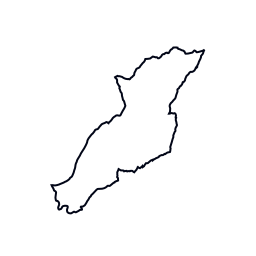 outline of Panqueba, Boyacá, Colombia, rotated 23°
{"feature_id": "7082276B16553832193382", "entity_name": "Panqueba", "entity_type": "district", "adm_level": 2, "iso_a3": "COL", "parent_name": "Colombia", "parent_adm1": "Boyacá", "projection": "equal_earth", "projection_center": [-72.459, 6.443], "detail": "fine", "context": "isolated", "style": "outline", "palette": "ink", "viewbox_px": 256, "rotation_deg": 23, "n_neighbors": 0, "source": "geoboundaries", "source_scale": "gbopen_adm2", "svg_char_len": 5823}
<svg xmlns="http://www.w3.org/2000/svg" viewBox="0 0 256 256"><g transform="rotate(23 128 128)"><path d="M176.0,133.7L175.9,132.7L175.3,130.8L175.3,130.4L174.3,129.0L174.3,128.8L173.8,123.9L173.4,120.9L173.3,118.7L172.6,117.1L172.5,114.4L172.5,113.4L172.8,112.3L172.6,111.7L172.1,110.9L171.9,110.1L171.8,109.1L172.0,106.7L171.9,106.1L171.0,105.0L170.3,103.8L169.0,102.2L168.3,100.6L168.4,99.8L168.0,99.5L167.6,99.4L167.5,98.5L167.3,97.8L166.8,97.1L166.1,96.4L165.6,96.2L165.0,96.2L164.6,96.5L164.2,96.9L163.9,97.0L162.8,97.1L162.3,97.2L161.7,97.6L160.9,98.4L160.1,98.8L160.1,98.4L160.2,97.8L160.3,97.2L160.2,96.3L159.2,93.5L158.9,93.1L157.9,91.8L157.6,91.0L157.5,90.4L157.6,88.9L157.7,88.4L157.9,88.0L158.3,87.1L158.6,86.3L158.9,85.0L159.5,83.5L159.9,82.3L159.9,81.4L159.5,78.5L159.4,75.8L159.3,75.2L159.2,74.8L158.5,73.5L158.5,73.0L158.6,72.7L159.1,71.9L159.3,71.6L159.5,69.8L159.7,69.1L160.3,68.4L160.3,67.9L160.6,67.2L160.7,66.6L160.6,65.5L160.8,64.8L160.5,64.6L160.5,64.4L161.2,63.8L161.5,63.4L161.7,62.6L161.8,61.7L161.5,60.4L161.5,59.5L161.5,57.5L161.8,56.6L162.6,55.0L162.9,53.2L163.4,52.2L163.9,51.7L164.7,51.5L165.2,51.2L165.7,50.7L166.6,49.3L166.7,49.0L166.8,48.0L166.9,47.1L167.1,46.6L167.4,46.1L167.8,45.1L168.0,44.0L167.6,44.5L167.2,44.7L167.4,43.9L167.5,42.3L167.6,41.0L167.5,40.5L167.4,39.3L167.6,36.0L167.5,34.3L167.1,33.0L167.7,31.1L167.9,30.1L167.7,28.3L167.7,26.5L167.8,26.0L167.3,26.8L166.6,27.7L163.9,29.9L162.7,30.8L161.7,31.4L161.4,31.4L160.7,31.0L159.9,30.7L158.9,30.7L158.6,31.0L157.9,33.2L157.7,33.5L154.2,36.0L152.2,37.0L151.9,37.1L151.6,36.9L150.1,35.6L149.9,35.4L149.2,35.4L148.7,35.2L148.3,35.2L147.4,35.4L145.0,35.3L143.3,35.5L142.4,35.2L142.2,34.7L140.9,35.0L139.4,35.7L138.7,36.1L138.3,36.2L137.9,37.4L137.5,38.4L136.8,39.2L136.4,41.2L136.3,42.6L136.2,42.9L136.1,43.1L135.6,43.5L135.1,43.6L134.4,43.4L133.8,43.9L133.4,44.1L133.1,44.4L132.9,44.8L132.8,45.3L132.5,45.8L132.1,45.9L131.5,46.3L130.8,47.4L130.5,49.4L129.8,50.8L129.3,51.6L129.0,51.8L128.3,52.1L128.2,52.1L127.4,51.7L127.0,51.6L126.6,51.7L125.7,52.2L124.7,52.2L124.1,52.4L123.0,52.5L122.8,52.7L121.8,54.4L121.2,55.4L120.7,55.7L119.4,56.5L117.0,57.7L117.1,59.0L117.1,59.8L116.9,60.8L116.7,61.4L116.2,62.4L116.0,63.1L115.5,64.9L115.2,65.8L115.0,67.3L114.7,68.0L112.8,70.1L112.7,70.5L112.6,70.9L112.6,72.4L112.4,74.2L112.4,74.7L112.5,75.2L112.9,76.8L112.8,77.1L112.7,77.5L112.3,78.1L111.9,79.4L111.2,80.4L111.0,80.9L110.8,81.5L110.8,81.9L110.5,82.4L110.2,82.7L109.3,82.7L108.7,83.1L106.8,83.6L105.3,83.7L104.1,83.6L102.6,83.3L100.1,83.6L98.6,84.2L98.4,84.1L98.0,84.1L96.4,86.0L96.2,86.3L96.8,86.8L98.0,87.2L98.6,87.5L99.2,88.1L100.2,90.4L103.3,92.8L103.6,92.8L104.2,93.0L104.3,93.3L104.4,93.8L104.4,94.4L104.5,94.8L105.3,95.5L107.0,97.5L107.3,97.7L108.1,98.1L108.6,98.5L109.1,99.2L109.8,100.6L111.5,102.8L112.3,104.0L112.6,104.2L113.2,104.4L114.0,105.0L115.2,106.5L116.9,108.6L116.9,108.9L116.9,109.6L116.9,110.7L116.8,112.0L116.5,113.9L116.2,117.0L116.1,119.0L115.9,119.5L115.5,119.9L114.6,120.2L113.2,120.5L112.4,121.0L112.0,121.4L111.6,122.2L110.8,123.3L110.1,124.8L109.9,126.0L109.5,127.7L109.0,129.0L108.3,130.2L108.2,130.7L108.2,131.2L106.6,130.9L106.0,130.9L105.4,131.4L104.7,132.4L103.1,133.9L102.3,134.9L101.9,136.2L101.4,137.6L100.9,139.7L100.7,140.5L100.5,140.8L99.8,141.4L99.2,141.8L98.5,142.8L98.4,143.3L98.4,144.5L98.1,145.2L97.9,146.1L97.8,146.6L97.1,148.0L96.6,149.6L96.5,150.1L95.8,152.7L95.6,154.4L95.6,155.6L95.9,156.9L96.0,158.2L95.9,160.7L95.6,163.9L95.1,166.8L94.6,169.8L94.5,172.2L94.0,175.4L93.8,177.0L93.8,178.0L94.0,179.2L93.9,180.9L94.1,182.4L94.8,185.0L95.0,186.5L95.0,187.4L95.4,190.4L95.4,193.6L95.3,194.4L95.1,195.1L94.2,196.5L94.0,197.9L93.7,198.5L93.0,199.8L92.0,201.2L91.0,202.2L90.1,203.4L87.1,206.4L87.0,206.5L86.8,206.8L85.1,208.2L83.8,209.1L82.4,209.7L81.1,210.0L80.0,210.5L80.7,211.2L83.0,212.9L84.4,214.4L85.7,214.6L86.3,214.8L86.8,215.2L87.0,215.5L88.1,219.4L88.4,220.4L89.1,221.6L89.9,222.7L90.1,222.9L90.7,223.0L91.5,222.7L92.3,222.9L93.1,223.3L93.6,223.7L94.3,224.8L94.6,225.5L94.6,225.9L94.7,228.0L94.9,228.8L95.3,229.3L95.9,229.9L96.5,230.0L98.0,228.6L98.2,227.7L98.3,226.2L98.6,225.5L98.9,225.2L100.3,224.2L102.1,223.6L102.7,223.6L103.0,223.7L103.4,224.2L103.5,224.6L103.6,225.2L103.6,225.7L103.7,226.7L104.1,227.8L104.4,228.3L105.2,229.1L106.2,229.4L107.2,229.4L108.8,228.9L109.3,228.4L110.9,226.2L111.1,226.1L112.3,226.1L112.8,226.0L113.0,225.9L113.2,225.7L115.0,223.5L115.5,222.5L115.9,222.1L117.1,221.5L117.5,221.1L117.4,220.8L117.1,220.4L115.4,219.2L115.4,218.9L115.5,218.7L116.5,218.3L117.3,217.7L118.3,216.2L118.5,215.7L118.9,213.2L119.1,210.9L119.5,209.5L119.7,206.9L120.4,205.5L120.4,204.4L120.5,204.0L121.3,202.2L123.2,197.0L123.4,196.7L123.9,196.0L124.4,195.7L127.3,194.3L128.2,193.8L129.7,192.6L130.2,192.0L130.7,191.4L131.2,190.6L131.7,189.4L132.1,189.0L133.5,188.6L133.9,188.3L134.1,188.0L136.0,184.3L136.9,183.4L136.8,182.9L137.7,181.8L138.5,181.1L139.4,180.2L138.4,178.1L137.9,177.7L137.5,177.7L137.2,177.5L137.1,177.3L136.9,175.9L136.2,174.8L135.9,173.9L135.5,173.2L135.4,172.6L135.5,170.8L135.4,169.4L135.5,169.4L136.0,169.6L138.0,169.8L140.1,169.0L140.9,169.0L141.3,169.4L143.0,168.2L143.5,168.0L144.2,168.3L145.0,167.6L146.6,167.1L146.8,166.9L146.8,166.6L147.0,166.5L148.3,165.9L148.9,165.8L150.3,166.3L151.1,166.3L151.2,165.7L152.1,163.1L152.3,160.8L152.2,160.2L152.3,160.0L153.2,160.4L154.7,160.3L155.6,158.6L156.0,157.7L156.1,157.4L156.8,158.3L157.7,156.9L157.7,156.3L157.9,155.0L158.3,153.4L159.3,153.0L160.0,152.5L161.3,149.8L161.6,149.3L161.8,148.9L163.2,147.5L163.5,148.0L164.2,146.7L165.3,145.4L165.6,144.8L166.0,144.5L167.4,143.0L167.7,142.4L167.7,141.9L167.9,141.5L169.5,139.8L170.1,139.6L170.7,139.3L171.3,138.5L171.7,137.6L172.4,137.5L173.1,136.3L173.6,135.5L174.0,135.1L175.3,134.2L176.0,133.7Z" fill="none" stroke="#020617" stroke-width="2"/></g></svg>